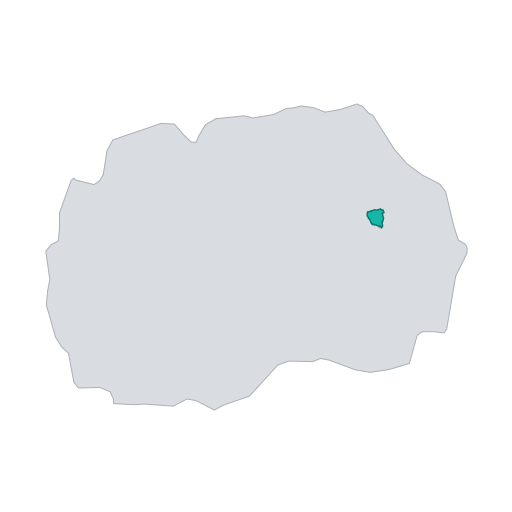 Zrnovtsi, Zrnovci, North Macedonia (highlighted), rotated 6°
{"feature_id": "65306769B51513115302581", "entity_name": "Zrnovtsi", "entity_type": "district", "adm_level": 2, "iso_a3": "MKD", "parent_name": "North Macedonia", "parent_adm1": "Zrnovci", "projection": "equal_earth", "projection_center": [22.434, 41.837], "detail": "fine", "context": "in_parent", "style": "filled", "palette": "teal", "viewbox_px": 512, "rotation_deg": 6, "n_neighbors": 0, "source": "geoboundaries", "source_scale": "gbopen_adm2", "svg_char_len": 1625}
<svg xmlns="http://www.w3.org/2000/svg" viewBox="0 0 512 512"><g transform="rotate(6 256 256)"><path d="M229.8,117.8L238.8,119.0L258.6,113.5L270.9,106.0L277.2,104.9L285.5,102.0L297.5,102.4L309.6,105.7L325.1,101.3L340.3,94.3L346.3,96.0L352.9,102.0L357.3,103.7L382.4,135.4L396.2,148.3L412.5,158.0L431.1,165.2L437.8,172.0L449.7,205.9L455.4,218.8L463.3,222.6L465.2,226.3L465.5,231.2L456.7,255.1L453.3,308.7L451.0,312.9L441.7,312.7L429.4,313.9L424.6,318.0L419.7,346.9L399.8,355.1L381.7,359.8L366.5,358.8L339.7,351.9L330.9,351.2L323.4,355.1L299.5,357.1L289.0,362.2L264.2,396.0L239.2,407.7L230.7,413.6L211.6,406.1L202.4,405.4L189.2,414.0L160.1,414.9L152.3,416.4L130.0,417.7L129.1,413.1L125.0,406.2L114.6,403.1L93.3,405.8L88.1,400.8L79.6,372.1L72.8,367.4L65.2,357.8L52.6,326.6L52.4,313.0L53.4,301.1L46.5,273.2L51.0,266.2L57.7,261.7L57.8,250.5L56.1,233.5L64.3,200.1L66.5,197.7L68.5,199.3L87.5,201.9L92.4,197.7L95.6,191.1L96.8,166.8L101.5,155.5L147.6,134.1L161.1,133.3L171.4,143.1L179.6,149.4L184.6,149.2L186.4,142.9L192.0,130.7L201.5,123.8L229.5,117.8L229.8,117.8Z" fill="#d9dde1" stroke="#a8b0b8" stroke-width="1"/><path d="M375.0,196.2L370.9,197.9L369.3,197.6L367.2,198.5L366.0,199.7L365.7,199.1L364.3,200.0L362.6,200.3L362.2,201.7L362.4,204.6L363.8,205.9L363.9,206.9L365.0,207.3L367.6,212.0L368.6,211.8L369.0,212.5L369.8,212.2L370.6,212.8L371.3,212.4L374.6,213.4L375.2,213.1L375.5,214.1L376.3,214.1L376.8,213.6L377.8,214.8L378.7,213.6L378.7,212.2L377.6,209.4L378.3,208.9L378.9,205.0L377.1,200.8L377.7,200.7L377.8,199.7L378.7,199.3L377.5,197.0L376.0,197.1L375.0,196.2Z" fill="#14b8a6" stroke="#0f766e" stroke-width="1.5"/></g></svg>